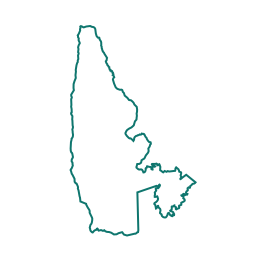 Apulo, Cundinamarca, Colombia (Robinson projection), rotated 354°
{"feature_id": "7082276B77880035586372", "entity_name": "Apulo", "entity_type": "district", "adm_level": 2, "iso_a3": "COL", "parent_name": "Colombia", "parent_adm1": "Cundinamarca", "projection": "robinson", "projection_center": [-74.565, 4.536], "detail": "fine", "context": "isolated", "style": "outline", "palette": "teal", "viewbox_px": 256, "rotation_deg": 354, "n_neighbors": 0, "source": "geoboundaries", "source_scale": "gbopen_adm2", "svg_char_len": 5909}
<svg xmlns="http://www.w3.org/2000/svg" viewBox="0 0 256 256"><g transform="rotate(354 128 128)"><path d="M87.7,30.6L87.9,31.0L87.8,32.5L88.4,33.8L88.1,35.2L88.1,35.8L88.8,37.9L88.9,38.6L87.6,40.6L86.8,42.5L87.0,44.3L86.3,47.4L86.6,47.9L86.7,48.5L86.6,49.1L85.9,50.6L85.8,54.2L85.1,55.5L84.9,57.2L84.2,58.1L83.4,60.0L82.1,64.8L82.1,66.5L81.3,69.9L81.3,72.8L79.7,75.8L78.5,78.6L78.0,82.5L78.1,84.8L75.0,88.9L74.9,90.2L75.3,91.3L75.3,91.9L74.5,93.4L74.1,99.2L73.7,100.8L73.9,103.2L73.7,106.3L73.6,106.7L73.2,106.8L72.9,107.7L73.0,108.4L73.9,110.2L73.9,111.0L73.4,113.7L73.5,114.7L73.2,119.5L73.4,121.2L73.2,122.1L72.5,123.6L72.6,125.5L72.5,126.5L72.6,129.1L72.2,130.9L71.7,131.7L70.7,132.9L70.7,133.6L69.8,136.1L68.8,142.4L68.7,144.7L69.1,146.4L69.6,146.8L69.9,147.6L70.2,150.8L70.1,151.5L68.8,153.4L68.5,154.8L68.5,155.5L69.1,156.4L69.2,157.2L69.0,157.9L69.2,159.4L68.8,160.3L67.6,162.5L66.9,163.1L66.5,163.8L66.8,164.7L67.3,167.7L67.8,168.5L69.5,172.9L69.3,175.9L70.2,177.5L70.7,177.6L71.1,178.0L72.0,180.9L72.1,181.8L71.8,182.9L72.3,185.0L72.7,190.8L73.0,192.2L73.0,196.1L78.4,199.0L78.5,200.0L79.6,202.8L80.9,205.3L81.2,206.5L81.0,208.3L82.7,213.0L83.0,214.1L82.8,215.9L82.1,218.4L81.5,219.5L80.5,220.5L79.5,223.2L79.8,224.1L79.8,225.4L80.2,226.6L81.2,227.8L81.8,228.2L82.0,228.2L83.6,226.7L84.3,226.3L86.0,225.9L86.4,225.0L87.0,224.8L87.3,225.1L87.8,226.6L88.1,227.0L90.5,226.7L92.4,227.7L93.7,227.2L94.6,228.3L96.2,229.1L98.4,229.5L100.4,230.4L102.9,232.4L105.5,232.5L107.7,231.6L111.3,231.0L111.5,231.2L112.2,232.6L112.9,233.6L115.8,234.8L123.7,233.8L124.2,233.9L125.4,233.5L126.1,232.8L127.1,232.6L127.6,230.7L130.6,193.0L150.3,188.5L151.2,189.0L151.8,189.2L152.9,187.9L153.4,187.6L153.7,187.9L153.8,188.3L153.2,189.5L152.1,190.7L151.5,191.1L150.3,190.8L149.3,191.0L149.2,191.6L149.5,193.2L147.9,194.9L148.0,196.7L147.5,197.9L147.4,199.3L148.2,199.4L149.9,199.0L150.1,199.4L150.5,201.6L150.1,202.7L149.3,203.7L148.0,204.7L146.7,205.3L146.3,205.8L146.2,206.3L147.1,207.5L147.4,210.9L147.4,211.0L147.9,210.9L149.1,209.0L149.5,208.6L149.8,208.6L149.9,208.9L150.0,210.1L151.5,211.8L151.6,212.2L151.7,213.3L151.0,215.5L151.0,216.1L152.4,217.5L152.4,218.6L152.6,219.1L153.5,220.1L154.1,220.5L155.4,220.9L156.3,220.8L156.8,220.4L158.0,218.9L158.7,217.1L159.4,216.7L159.8,216.7L159.9,216.9L160.9,219.1L162.4,220.2L162.9,220.3L163.0,220.1L163.2,218.9L163.4,218.7L163.6,218.7L164.3,219.6L164.7,219.5L164.9,218.5L164.0,216.3L163.1,215.7L161.6,215.1L161.4,214.6L162.5,214.0L163.0,213.4L163.3,210.7L163.5,210.6L164.4,210.8L165.5,210.0L165.9,209.9L165.8,210.8L166.8,211.2L167.4,211.8L167.4,212.8L167.0,213.4L167.1,213.7L167.5,214.0L169.1,213.3L170.3,213.1L170.7,212.5L170.5,211.0L170.7,210.6L172.7,210.1L173.0,209.9L173.1,208.0L173.4,207.8L175.7,207.0L176.8,206.2L176.8,204.9L175.6,203.6L176.0,202.5L175.9,201.8L175.3,201.4L174.3,201.1L174.1,200.6L175.1,200.3L176.1,199.4L176.4,199.3L176.9,199.5L177.2,200.8L177.5,200.8L178.4,200.4L179.9,200.4L180.2,199.8L179.0,199.2L178.9,198.3L179.5,197.2L180.7,196.5L181.1,195.9L180.8,194.9L181.0,194.1L182.0,193.4L182.7,193.9L183.4,193.8L183.8,192.3L184.0,192.1L185.0,191.6L186.1,190.5L186.5,190.3L188.0,190.2L188.9,189.7L189.5,189.1L181.0,180.6L176.9,183.0L175.4,184.1L174.8,184.3L174.7,184.1L175.8,182.5L175.8,181.9L175.5,181.1L175.4,180.5L176.1,178.9L176.2,177.8L176.1,177.6L174.4,176.8L174.3,175.7L173.8,174.3L171.8,172.2L171.0,173.1L170.7,174.8L170.4,175.5L164.7,175.6L164.1,175.5L163.0,175.0L161.8,175.6L159.9,174.6L158.5,175.8L158.0,175.6L156.7,174.2L155.6,173.4L155.7,172.1L156.1,170.1L155.6,168.0L155.3,167.2L155.2,167.2L154.0,168.2L153.6,168.2L153.2,167.9L153.1,166.8L152.6,166.4L151.2,166.6L148.4,166.3L148.0,166.4L147.9,166.6L148.0,167.0L148.7,168.1L149.4,168.4L150.6,168.6L151.0,169.0L150.6,169.3L148.9,169.1L148.0,169.6L147.9,170.3L148.2,171.5L148.1,171.9L147.8,171.9L147.0,171.3L147.0,170.6L147.2,170.1L147.2,169.5L146.7,169.2L144.8,168.8L143.3,168.1L142.9,168.1L142.5,169.4L141.5,169.8L141.3,170.1L141.3,171.2L140.8,172.6L140.1,173.5L139.4,173.8L138.7,173.8L138.1,171.9L137.6,171.0L136.7,170.5L134.7,170.5L133.6,169.8L132.3,168.3L132.3,167.6L132.7,166.8L133.4,164.8L135.4,164.9L137.0,164.2L137.6,163.3L138.1,161.5L139.6,160.7L140.8,160.2L141.3,159.7L142.9,157.1L145.4,154.6L146.1,153.1L146.1,150.5L147.6,148.7L148.3,146.9L149.0,146.3L149.1,145.9L149.1,145.3L148.9,144.5L147.7,144.3L146.5,142.7L145.6,140.9L145.5,140.0L144.4,138.4L143.7,136.3L143.4,135.8L142.9,135.8L142.6,135.4L141.7,135.4L141.2,135.0L140.3,135.9L139.6,135.9L139.0,135.6L137.9,136.2L137.0,136.2L136.7,136.5L135.1,136.8L133.8,137.7L133.4,138.2L133.0,139.1L132.8,140.3L132.0,141.4L131.1,140.2L129.8,138.8L129.3,138.5L128.5,138.5L127.7,137.9L126.0,135.7L125.0,133.8L124.9,132.8L126.1,130.8L127.1,129.8L129.3,128.6L131.5,127.8L134.0,126.0L135.6,122.1L137.2,120.6L137.5,119.9L137.5,119.3L138.1,116.8L138.1,114.5L138.7,112.7L139.0,110.6L138.9,107.9L136.8,105.3L136.2,103.5L135.1,102.0L133.8,100.7L132.0,100.3L130.5,97.9L128.1,95.4L127.6,92.8L126.6,91.5L126.3,89.8L126.1,89.5L125.6,89.2L123.9,89.1L121.8,88.1L121.1,87.6L120.0,86.2L118.8,82.3L118.1,78.5L118.1,77.9L119.0,76.5L119.6,76.1L119.5,75.6L119.2,75.1L119.1,74.5L118.7,74.1L119.1,74.0L119.1,73.7L118.9,73.4L119.1,72.9L118.5,72.2L118.8,71.5L118.3,71.0L118.3,70.3L118.1,69.8L117.2,69.8L117.0,68.9L116.4,68.9L116.4,68.1L115.9,67.9L115.6,66.3L115.8,65.6L115.0,64.9L114.8,64.0L114.2,63.5L114.0,63.0L114.0,62.3L113.4,61.4L113.0,60.0L112.9,59.3L113.7,58.6L114.0,57.7L114.1,57.0L114.5,56.1L112.2,51.5L112.0,50.7L110.9,49.2L110.9,48.5L110.5,47.6L110.5,46.6L110.2,45.8L110.3,44.3L109.9,43.3L110.1,42.6L110.3,40.0L110.1,39.0L109.1,37.0L108.9,35.3L108.7,35.1L107.7,35.1L107.4,34.8L106.5,33.5L106.3,32.9L105.9,30.5L105.8,26.2L105.4,25.1L104.4,24.1L102.1,23.4L101.8,23.0L101.0,22.6L97.1,22.7L94.6,23.3L94.1,23.2L92.5,22.0L91.2,21.6L90.9,21.2L91.2,21.9L91.2,23.4L90.6,24.7L90.6,26.1L88.8,29.3L87.7,30.6Z" fill="none" stroke="#0f766e" stroke-width="2"/></g></svg>